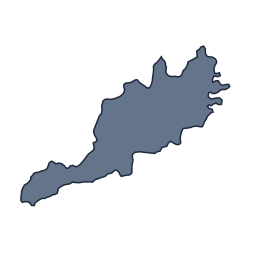 Matozinhos, Minas Gerais, Brazil, rotated 12°
{"feature_id": "56859067B16876835077796", "entity_name": "Matozinhos", "entity_type": "district", "adm_level": 2, "iso_a3": "BRA", "parent_name": "Brazil", "parent_adm1": "Minas Gerais", "projection": "albers", "projection_center": [-44.053, -19.531], "detail": "fine", "context": "isolated", "style": "filled", "palette": "slate", "viewbox_px": 256, "rotation_deg": 12, "n_neighbors": 0, "source": "geoboundaries", "source_scale": "gbopen_adm2", "svg_char_len": 3206}
<svg xmlns="http://www.w3.org/2000/svg" viewBox="0 0 256 256"><g transform="rotate(12 128 128)"><path d="M179.3,38.5L180.1,41.4L180.9,44.1L178.7,46.2L176.6,47.9L174.7,49.5L173.0,50.8L173.0,53.2L172.6,55.6L171.7,58.2L170.3,60.0L169.8,62.0L169.7,64.3L168.5,66.5L166.2,67.6L163.3,67.6L160.9,68.4L158.8,68.7L156.3,68.3L153.9,66.4L153.0,63.2L153.0,60.7L151.6,58.7L151.0,56.5L149.7,54.9L147.4,53.4L145.7,51.4L144.5,54.5L142.8,57.7L140.8,60.1L140.1,62.2L140.9,65.5L141.2,68.0L141.4,70.5L141.6,74.0L142.0,76.6L141.8,80.4L140.7,84.2L138.2,84.9L135.8,83.6L133.1,82.5L129.8,81.2L127.0,78.9L124.9,79.6L123.1,81.3L120.9,83.1L118.5,83.9L116.1,84.8L114.9,86.7L115.5,88.8L116.9,91.8L116.4,94.8L115.2,96.9L113.6,98.8L111.1,100.5L108.5,102.2L106.1,103.2L104.0,103.8L101.9,103.9L99.6,104.8L98.0,106.6L97.9,109.0L97.7,111.9L98.6,114.5L98.9,117.6L99.0,119.7L97.6,121.7L97.0,124.9L96.5,128.1L95.9,131.2L95.4,134.3L95.1,136.2L95.1,138.8L96.7,141.8L98.9,144.2L100.4,146.5L99.2,148.4L97.1,149.6L98.0,152.0L99.0,154.5L98.8,156.9L96.7,159.4L94.9,161.5L93.7,163.7L92.8,165.8L91.6,168.5L90.1,171.3L88.6,173.7L87.0,175.8L84.8,176.8L81.9,176.0L79.5,177.0L78.2,179.5L75.9,180.2L73.8,178.3L70.2,176.6L67.5,176.8L64.8,178.0L62.2,176.8L60.0,176.4L58.2,178.4L57.8,181.1L57.6,183.6L56.5,185.6L54.4,187.1L52.2,188.1L50.6,189.3L48.7,190.3L46.8,190.9L45.3,192.1L44.6,194.1L43.1,196.2L43.5,198.5L42.5,201.0L40.9,203.2L38.5,205.5L37.7,208.3L37.1,211.9L37.5,214.9L37.7,218.2L38.4,221.3L40.0,222.7L42.4,221.6L44.7,221.0L47.5,221.6L49.8,223.8L52.4,223.4L52.7,220.5L54.9,218.0L57.1,215.8L58.9,214.6L61.0,214.3L63.0,212.7L66.0,211.1L68.1,209.0L70.2,208.3L72.3,206.6L72.5,204.0L72.5,201.4L74.7,199.2L77.0,197.1L79.6,195.9L82.4,194.9L85.0,192.5L88.3,192.2L91.4,191.7L93.9,190.8L96.2,189.7L98.8,189.4L101.8,188.5L104.5,188.4L106.0,186.2L107.6,184.7L109.5,183.9L111.1,182.5L113.7,181.2L116.2,179.5L117.2,177.6L119.0,176.6L121.6,175.3L123.1,173.0L124.8,171.6L126.7,172.2L128.5,173.3L129.8,175.2L131.4,176.8L134.2,175.4L136.6,174.4L139.4,173.5L141.1,171.4L140.4,167.3L139.6,164.2L139.7,161.2L139.5,158.1L138.4,155.9L137.9,152.9L139.7,150.4L142.6,149.4L144.4,148.8L149.9,148.3L159.6,147.3L160.9,145.5L164.1,144.0L165.3,140.0L167.7,138.8L169.7,137.8L170.5,134.6L172.2,132.1L174.6,132.8L176.5,133.6L179.1,134.1L181.7,133.3L182.7,131.5L181.4,128.1L181.0,125.3L181.1,121.6L181.5,118.6L182.3,116.8L184.9,116.2L187.0,115.3L189.0,114.6L191.2,113.1L193.6,112.1L196.1,111.8L198.5,111.8L200.4,111.3L201.1,108.8L201.4,106.1L202.6,103.4L203.3,99.9L204.9,97.7L205.8,95.9L207.9,94.8L206.5,92.3L203.2,91.9L201.2,90.2L202.5,88.4L204.6,89.1L206.7,86.7L209.0,85.4L211.7,86.3L214.4,85.5L214.3,81.3L211.3,79.5L207.5,80.5L204.1,82.2L201.8,81.9L199.7,80.3L199.6,76.8L201.7,75.9L203.6,76.7L206.1,76.1L208.8,74.0L210.1,72.2L211.9,70.9L215.1,70.1L217.4,68.3L218.9,66.3L217.5,64.4L215.2,64.9L212.6,66.1L210.6,66.6L208.8,65.6L206.7,63.1L204.2,63.5L201.4,65.7L200.5,63.0L201.1,59.5L203.1,59.2L205.6,59.0L207.4,57.5L205.9,55.0L203.6,56.2L201.6,56.5L200.3,54.1L199.7,51.6L200.1,48.5L201.1,45.6L200.3,43.5L198.7,42.1L195.6,41.1L193.1,41.5L190.4,41.4L188.5,39.3L187.7,36.9L187.1,34.5L185.0,32.2L182.7,33.4L181.5,35.9L179.3,38.5Z" fill="#64748b" stroke="#1e293b" stroke-width="1.5"/></g></svg>